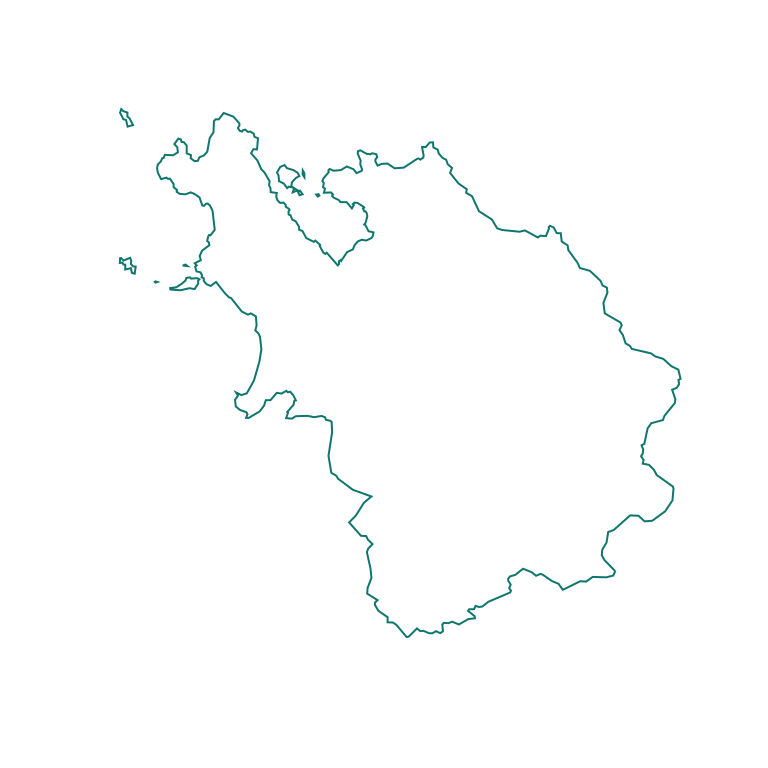 Ninh Hoa, Khánh Hòa, Vietnam, rotated 189°
{"feature_id": "81297802B58839501230111", "entity_name": "Ninh Hoa", "entity_type": "district", "adm_level": 2, "iso_a3": "VNM", "parent_name": "Vietnam", "parent_adm1": "Khánh Hòa", "projection": "albers", "projection_center": [109.187, 12.544], "detail": "fine", "context": "isolated", "style": "outline", "palette": "teal", "viewbox_px": 768, "rotation_deg": 189, "n_neighbors": 0, "source": "geoboundaries", "source_scale": "gbopen_adm2", "svg_char_len": 6163}
<svg xmlns="http://www.w3.org/2000/svg" viewBox="0 0 768 768"><g transform="rotate(189 384 384)"><path d="M373.5,630.4L376.7,629.6L379.7,624.7L383.5,624.0L380.6,615.9L380.7,613.7L383.2,611.3L385.0,612.2L386.5,611.6L398.3,600.8L407.3,598.7L415.0,602.3L420.9,601.0L424.5,598.7L427.4,602.6L427.6,604.6L426.2,606.8L427.6,609.8L431.9,610.0L433.4,608.8L437.1,608.6L443.9,611.1L446.1,609.9L446.1,607.6L442.0,601.0L441.8,597.2L439.1,592.2L439.5,590.9L444.1,588.0L447.9,591.4L454.8,593.0L460.1,588.5L467.0,586.8L471.4,587.8L472.3,586.3L471.8,584.4L475.9,577.8L476.6,574.9L474.9,573.1L475.0,568.9L472.8,567.7L473.3,563.5L466.3,564.9L464.0,563.2L464.8,561.7L462.9,560.2L457.4,558.6L455.5,556.8L449.4,557.8L443.2,552.4L441.8,556.0L443.0,556.7L441.7,558.5L438.5,558.7L431.8,555.8L431.1,555.1L432.3,554.1L430.5,551.4L429.5,551.7L428.0,550.4L426.7,547.1L427.4,540.4L428.5,538.4L427.3,538.1L423.2,532.5L418.1,532.1L418.3,527.8L419.4,526.1L424.0,522.9L428.6,523.0L432.2,520.6L434.8,516.5L435.8,512.1L441.1,508.5L445.6,498.8L446.2,499.6L447.8,498.1L447.1,495.6L448.2,493.9L461.1,504.7L462.3,503.3L464.3,504.1L469.2,510.4L468.7,511.3L474.3,514.9L475.6,513.4L483.6,516.0L488.5,522.4L492.0,523.1L492.5,526.0L496.7,530.9L500.3,532.0L502.8,536.1L504.7,536.5L505.3,539.6L504.5,541.1L505.4,542.2L508.8,543.7L509.1,545.5L511.6,547.5L514.9,546.6L517.9,548.8L519.7,551.9L519.8,555.9L525.9,555.8L526.8,559.8L528.5,562.0L528.7,566.3L535.2,574.3L538.8,576.9L544.1,585.1L551.4,591.1L549.7,595.5L546.1,595.8L546.9,607.0L550.6,607.9L551.8,610.9L555.6,612.4L557.9,611.7L560.8,613.5L562.9,612.6L563.7,611.1L566.1,611.5L568.3,614.0L567.2,617.1L567.8,619.0L574.6,624.5L584.7,626.6L588.7,619.5L591.7,619.1L593.1,617.1L591.8,606.0L594.6,599.8L594.9,585.8L597.4,581.8L601.9,578.9L602.7,575.4L606.0,574.5L610.2,576.7L610.5,579.9L614.9,580.9L616.2,588.7L619.5,591.5L621.8,591.4L622.9,593.8L625.5,594.2L628.6,588.2L625.2,585.5L623.8,580.6L628.1,576.9L636.2,576.1L637.1,572.7L638.4,572.3L639.3,568.8L641.8,565.3L641.9,561.7L640.3,557.1L636.2,551.5L631.2,553.8L629.5,552.8L627.6,553.3L623.1,548.6L622.6,545.5L618.7,543.2L618.9,541.5L615.5,539.8L609.8,540.3L604.9,543.0L601.1,542.1L595.4,539.4L591.4,531.9L589.6,531.8L588.2,534.1L586.5,534.6L584.0,533.3L580.5,528.4L575.3,509.8L578.6,503.7L580.1,503.8L580.7,502.4L581.0,497.6L579.2,496.5L578.2,493.8L584.5,487.3L586.1,481.6L584.3,477.6L589.8,473.7L587.5,471.9L588.9,470.3L586.8,465.9L582.8,465.6L580.8,463.1L580.8,460.9L578.6,460.3L578.1,457.6L574.9,454.8L570.5,453.7L565.9,458.5L555.4,448.8L550.7,445.4L548.4,444.9L535.8,433.3L529.2,431.2L526.6,432.9L521.1,430.7L519.0,421.9L519.5,416.8L515.9,414.3L513.9,411.3L510.5,399.0L510.6,386.4L513.0,367.1L518.1,353.2L523.1,350.8L528.8,352.5L526.4,349.7L528.7,345.0L526.8,338.5L522.0,335.8L515.4,334.6L514.1,332.7L514.9,329.0L512.5,329.2L502.6,337.4L499.1,343.8L498.2,349.5L493.6,350.3L488.5,358.5L483.8,358.5L479.3,362.0L477.8,360.8L475.4,361.7L471.9,358.8L468.5,354.0L469.9,353.5L470.1,349.3L475.2,341.2L474.3,340.7L475.3,335.0L469.5,335.4L466.1,338.4L454.4,340.6L447.8,340.3L440.6,342.7L437.1,341.9L435.7,339.5L431.3,339.3L429.8,338.4L427.7,328.3L427.6,304.5L422.2,288.1L416.8,285.9L414.3,283.1L398.1,274.6L378.8,270.9L385.2,263.7L391.2,249.7L396.8,241.8L383.0,230.5L377.8,231.0L375.6,227.8L370.3,224.1L373.9,218.9L374.6,215.2L368.6,200.0L366.1,190.7L368.3,179.8L367.8,174.3L356.6,169.5L358.8,166.6L358.4,164.4L354.1,159.1L343.9,154.2L343.2,149.2L337.9,149.8L334.2,148.1L322.0,137.6L320.1,138.3L313.2,147.7L309.5,145.6L306.5,146.4L300.5,144.9L297.1,145.4L294.0,148.0L289.4,146.7L287.1,149.0L288.8,155.5L287.6,157.4L282.9,157.9L279.5,159.9L272.4,158.2L264.0,165.0L257.5,166.8L258.1,168.8L265.5,173.0L264.7,174.8L259.8,175.7L258.8,179.2L255.6,178.6L252.2,179.5L246.9,185.2L226.7,197.9L226.3,199.8L228.4,201.9L227.5,205.7L230.5,209.1L230.9,211.1L229.4,213.7L224.5,216.0L217.8,223.3L208.7,221.2L203.8,218.4L199.7,220.9L197.4,220.5L187.2,215.6L180.4,214.0L175.2,208.7L159.3,219.9L153.4,220.5L147.7,226.1L134.3,227.8L127.6,230.7L126.5,234.5L127.1,235.9L138.8,244.6L142.1,248.9L142.5,254.5L139.4,262.3L139.4,272.9L134.4,275.6L120.3,292.7L112.1,293.7L105.1,289.1L97.7,290.9L86.4,302.2L80.9,314.1L81.7,326.1L82.8,328.0L100.3,336.7L104.2,341.7L109.7,345.6L116.0,345.8L115.7,349.5L118.8,352.9L117.5,356.0L117.7,359.9L120.0,363.7L117.5,365.6L116.7,381.4L113.9,387.1L102.9,392.0L102.0,396.5L93.8,410.6L93.8,414.4L98.5,423.4L94.2,426.1L92.5,430.1L93.8,434.0L91.9,435.5L95.5,444.2L102.9,446.5L112.1,452.5L120.5,453.7L125.0,456.0L144.6,457.4L147.3,460.2L151.7,461.9L155.8,469.8L159.9,474.1L158.4,479.1L160.0,481.7L177.0,488.3L180.0,498.4L177.6,509.2L179.0,514.1L183.5,515.4L186.2,519.7L198.3,528.0L208.7,529.2L211.8,534.0L222.9,545.1L224.3,549.6L230.8,552.6L233.0,560.6L237.0,560.0L240.9,565.1L244.8,566.2L245.9,564.9L245.4,563.3L247.1,555.5L252.8,554.9L255.0,552.8L268.8,557.7L274.0,555.6L291.5,554.6L296.6,555.5L303.2,563.4L317.2,569.5L326.5,583.3L332.8,585.7L332.7,589.3L341.8,593.7L351.8,602.9L350.6,608.0L355.5,611.1L357.7,615.2L361.6,616.5L366.0,620.3L367.7,624.0L372.2,625.3L373.5,630.4ZM514.3,566.3L510.3,562.3L509.0,564.0L506.4,563.9L506.5,568.8L503.2,573.8L500.1,576.1L502.5,579.2L507.0,581.1L513.6,582.0L516.5,584.7L520.5,582.1L522.8,576.0L520.8,573.6L519.4,567.9L514.3,566.3ZM609.7,443.9L599.8,444.7L591.1,448.2L585.9,448.1L583.3,454.0L583.7,457.1L582.7,458.5L585.3,459.3L591.0,457.9L592.4,459.0L595.9,457.7L596.2,455.3L599.3,451.5L604.3,447.0L610.2,445.3L609.7,443.9ZM652.1,458.8L650.4,454.3L647.5,453.9L647.6,461.1L650.2,460.9L652.7,462.8L652.9,466.2L654.5,468.9L660.7,465.1L663.3,467.3L664.4,466.9L663.8,462.2L661.3,462.9L660.0,461.2L658.2,461.4L657.5,456.6L652.1,458.8ZM680.1,604.4L677.5,598.1L672.4,600.5L677.0,606.7L679.3,607.9L679.9,612.0L684.2,612.7L686.5,614.4L687.1,610.6L682.9,604.8L680.1,604.4ZM497.0,557.3L494.1,558.6L497.2,561.8L498.9,560.1L497.0,557.3ZM503.6,561.9L504.1,559.0L499.5,561.8L504.4,563.8L503.6,561.9ZM497.6,582.2L497.2,578.3L495.0,575.8L495.6,579.7L497.6,582.2ZM480.6,560.5L478.7,558.8L477.3,560.0L478.4,561.3L480.6,560.5ZM598.7,470.9L601.4,469.5L596.5,469.7L598.7,470.9ZM626.4,449.1L625.6,448.4L623.8,449.3L625.8,449.6L626.4,449.1Z" fill="none" stroke="#0f766e" stroke-width="2"/></g></svg>